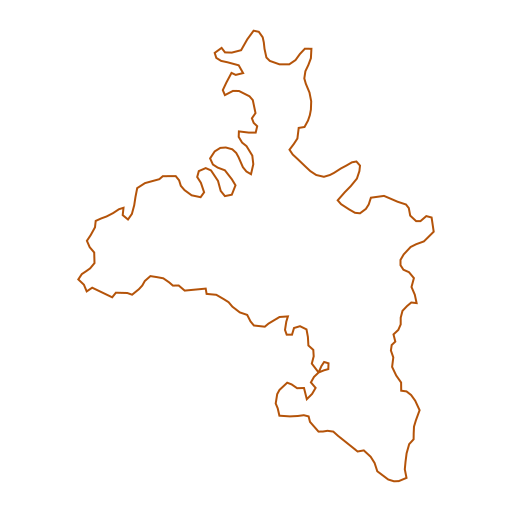 Itapejara d'Oeste, Paraná, Brazil
{"feature_id": "56859067B76387511794293", "entity_name": "Itapejara d'Oeste", "entity_type": "district", "adm_level": 2, "iso_a3": "BRA", "parent_name": "Brazil", "parent_adm1": "Paraná", "projection": "natural_earth1", "projection_center": [-52.828, -25.984], "detail": "fine", "context": "isolated", "style": "outline", "palette": "amber", "viewbox_px": 512, "rotation_deg": 0, "n_neighbors": 0, "source": "geoboundaries", "source_scale": "gbopen_adm2", "svg_char_len": 3435}
<svg xmlns="http://www.w3.org/2000/svg" viewBox="0 0 512 512"><path d="M318.6,372.5L314.0,376.9L310.9,382.4L315.6,387.9L312.1,393.9L306.8,399.2L304.0,388.0L297.1,388.2L291.6,384.4L287.2,382.7L283.7,386.0L279.5,389.9L277.2,394.1L275.7,403.5L277.7,408.3L279.4,415.7L289.9,416.4L297.8,416.0L303.8,415.2L308.6,416.4L310.0,421.9L318.5,431.6L323.1,431.5L327.5,430.8L333.3,431.6L338.2,436.0L343.0,439.8L357.6,451.5L363.8,450.4L370.7,456.8L374.6,463.0L377.3,471.3L388.2,479.5L394.0,481.3L398.8,481.1L406.5,477.9L404.8,469.3L405.5,461.9L406.6,453.3L409.2,444.1L413.6,439.3L413.7,433.2L414.0,426.6L415.9,420.3L419.6,410.2L415.2,400.7L411.1,395.0L406.5,391.4L401.2,390.7L401.1,382.5L396.2,375.5L392.1,366.9L393.3,357.4L390.9,350.5L391.7,345.0L395.3,341.6L393.5,334.4L398.3,329.9L400.7,324.4L400.7,317.7L402.5,310.8L407.1,306.0L411.3,302.5L416.6,303.1L414.8,294.7L411.5,287.0L413.9,278.1L409.0,272.2L403.4,269.7L400.5,265.2L400.5,259.9L403.7,254.4L410.6,247.0L416.2,244.2L423.9,241.4L433.7,231.7L431.6,217.5L426.3,216.1L420.5,221.1L416.1,221.1L410.2,215.6L408.8,208.1L406.0,204.5L397.5,201.7L393.6,200.0L389.2,198.1L384.0,195.9L370.9,197.7L368.7,204.5L365.9,208.9L360.0,213.3L355.0,212.8L349.1,209.4L341.1,204.2L337.7,200.3L344.8,192.2L350.7,186.2L356.9,178.6L359.4,171.1L360.0,165.6L356.4,161.5L352.0,162.3L346.3,165.6L341.0,168.4L334.0,172.9L329.9,175.0L323.9,176.8L316.2,175.0L310.3,171.1L305.6,166.7L297.8,159.2L292.7,154.5L289.5,149.7L293.8,144.0L297.4,138.5L298.7,127.9L304.5,127.0L308.0,120.6L309.8,115.3L310.9,109.6L311.2,101.3L309.5,92.6L305.8,83.7L304.3,78.4L305.4,71.2L308.4,64.9L310.9,58.2L311.4,48.8L304.9,48.7L299.9,54.0L295.5,60.1L289.3,64.3L284.0,64.3L279.4,64.3L269.8,60.9L266.4,57.5L264.5,48.8L263.8,42.4L262.7,37.3L258.8,31.8L253.6,30.7L247.3,39.3L241.1,50.2L231.8,52.6L225.0,52.4L221.6,47.9L214.7,52.9L216.3,57.9L221.1,60.9L227.6,62.3L238.7,65.3L243.1,73.1L235.7,74.9L231.5,72.9L226.4,82.5L222.8,90.1L224.9,95.1L233.0,90.9L239.0,91.0L249.5,96.3L252.8,100.1L255.5,113.1L251.9,118.3L253.7,122.9L257.2,126.2L255.7,132.6L248.8,132.6L238.9,131.4L238.7,136.9L242.1,142.6L246.5,146.1L252.3,155.6L253.3,164.2L251.0,174.2L246.4,171.5L242.9,167.2L238.5,157.1L236.2,152.9L232.3,149.3L225.8,147.5L220.3,147.9L214.7,151.4L210.1,158.4L212.9,164.5L217.7,167.6L224.9,170.3L231.8,179.2L235.5,185.3L231.8,194.7L224.9,196.1L220.7,190.9L218.0,180.9L211.0,170.4L205.7,168.1L198.8,171.1L197.2,177.0L200.9,182.8L204.1,192.3L200.6,197.2L191.6,195.3L184.5,190.1L180.8,185.8L179.1,180.3L175.7,176.1L162.8,176.2L159.3,179.2L145.0,183.1L137.2,188.1L135.5,196.8L134.2,205.3L131.9,213.9L128.0,219.5L122.7,215.1L123.5,207.8L119.0,209.2L113.1,213.1L106.5,216.5L101.3,218.4L95.7,220.9L95.0,227.3L90.7,235.1L86.9,240.8L89.7,247.2L94.2,252.5L94.5,263.1L90.1,268.4L86.3,271.1L81.8,274.1L78.3,279.4L83.9,284.7L86.7,291.4L92.2,287.7L112.2,297.3L115.9,292.7L127.3,293.0L132.1,294.7L138.9,289.2L142.3,285.5L144.8,281.0L150.4,276.1L156.8,277.1L163.3,278.3L169.2,282.4L172.9,285.6L178.7,285.5L184.7,290.6L205.7,288.6L206.6,293.9L216.3,294.8L223.7,299.1L228.6,302.2L232.4,306.7L239.8,312.4L247.2,314.9L250.5,321.4L253.9,325.5L264.8,326.7L268.5,323.6L279.5,317.0L287.9,316.4L286.3,321.6L285.0,329.9L286.7,334.7L292.0,334.7L294.0,328.0L300.0,326.2L306.5,329.4L307.9,337.0L308.4,345.5L313.3,349.9L313.7,356.3L311.8,363.6L318.6,372.5ZM318.6,372.5L321.4,366.1L324.1,362.0L328.5,363.3L328.3,369.1L324.0,370.3L318.6,372.5Z" fill="none" stroke="#b45309" stroke-width="2"/></svg>